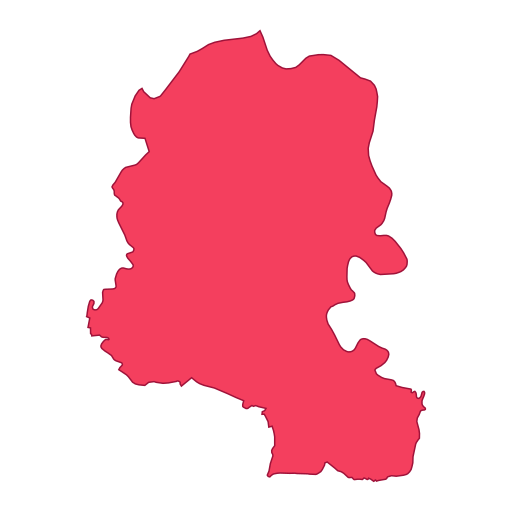 the district of Ha Tinh, Ha Tinh, Vietnam
{"feature_id": "81297802B52387636717940", "entity_name": "Ha Tinh", "entity_type": "district", "adm_level": 2, "iso_a3": "VNM", "parent_name": "Vietnam", "parent_adm1": "Ha Tinh", "projection": "natural_earth1", "projection_center": [105.907, 18.355], "detail": "fine", "context": "isolated", "style": "filled", "palette": "rose", "viewbox_px": 512, "rotation_deg": 0, "n_neighbors": 0, "source": "geoboundaries", "source_scale": "gbopen_adm2", "svg_char_len": 6060}
<svg xmlns="http://www.w3.org/2000/svg" viewBox="0 0 512 512"><path d="M419.4,438.3L419.5,433.5L419.0,429.7L416.8,421.5L417.3,418.0L419.2,414.5L420.2,411.8L420.5,411.2L420.9,410.7L422.1,410.2L424.6,409.9L425.3,409.4L425.4,409.1L425.4,408.7L425.0,407.8L423.8,406.9L422.8,405.7L422.3,404.9L422.0,403.7L422.0,400.8L422.7,398.8L423.7,396.5L424.6,393.8L424.6,392.4L424.0,391.4L423.2,391.4L422.1,392.3L421.0,396.3L420.4,397.2L419.3,398.2L418.8,398.4L417.5,398.2L416.7,397.5L416.4,396.3L416.3,394.6L416.0,393.1L415.7,392.4L414.9,391.4L414.4,391.4L412.3,392.7L411.6,392.5L411.1,392.1L411.4,390.0L410.9,389.1L402.2,387.5L396.1,385.7L395.7,384.0L395.1,382.5L394.4,381.4L393.2,380.4L391.2,379.8L384.5,378.6L381.7,377.5L377.8,375.1L376.4,373.8L374.9,370.1L375.2,369.4L376.1,368.4L381.1,365.6L384.8,362.6L386.6,360.3L388.2,357.0L388.8,354.4L388.6,353.0L388.3,352.0L387.5,350.9L386.7,350.1L385.1,349.1L382.1,348.1L378.7,346.5L370.0,340.9L367.3,339.4L365.3,338.8L363.2,338.7L361.2,339.2L360.0,340.1L358.0,342.9L355.3,348.3L354.1,349.9L352.3,351.2L350.5,351.8L348.4,351.9L346.8,351.5L343.5,349.8L340.7,346.9L339.4,344.8L334.5,334.8L331.6,329.5L328.1,324.0L326.8,320.0L326.4,317.1L326.4,315.3L326.7,313.7L327.3,312.0L328.3,310.0L330.9,306.8L332.9,306.1L335.0,304.7L338.0,303.3L343.0,302.3L347.0,301.8L350.2,301.0L352.5,300.0L353.6,299.2L354.2,298.2L354.8,295.8L354.7,293.7L354.4,292.9L352.5,290.9L351.4,290.0L350.2,288.1L348.4,284.5L347.4,281.9L347.0,279.8L346.9,276.6L347.1,268.5L347.6,265.5L348.5,261.8L349.3,259.9L350.1,258.5L352.1,256.7L353.9,256.1L356.1,256.0L359.7,257.4L363.7,260.3L366.1,262.5L372.4,270.9L373.8,272.0L375.5,273.0L377.5,273.8L380.4,274.5L393.8,273.7L396.1,273.3L398.5,272.5L400.8,271.6L403.4,269.9L405.5,267.6L406.5,266.1L407.0,264.4L407.2,261.7L407.1,260.1L406.9,259.1L403.6,252.8L400.9,248.6L395.2,241.4L392.0,238.2L388.6,236.0L386.5,235.4L383.9,235.4L380.1,235.8L376.9,235.5L376.2,235.1L375.3,234.1L374.7,232.2L374.7,230.4L376.2,228.1L380.9,224.7L382.1,223.3L383.8,220.6L384.7,218.2L386.1,211.8L387.2,208.2L389.3,203.2L390.7,199.2L391.7,195.5L391.8,193.6L391.4,191.4L391.0,190.5L389.4,188.1L387.2,186.3L380.8,181.7L377.8,177.8L376.1,175.2L372.0,166.1L370.1,160.9L368.6,155.5L368.2,148.3L369.3,142.7L373.0,131.2L374.4,120.2L376.8,106.9L377.3,101.8L377.6,96.6L376.8,92.2L376.1,89.0L374.4,85.3L370.5,81.1L365.1,79.1L360.4,77.8L339.0,60.3L330.9,55.4L323.4,54.6L318.4,54.7L309.3,56.1L305.9,58.2L299.2,64.9L295.8,67.4L291.0,68.6L286.1,68.9L282.4,68.0L277.8,65.4L275.8,63.6L273.0,60.3L270.1,56.2L267.2,50.2L262.9,37.2L260.0,30.7L256.5,33.7L251.0,36.4L243.0,38.1L224.1,40.3L214.7,42.3L208.5,44.6L202.2,48.6L197.2,51.4L190.0,54.1L188.8,56.4L179.3,71.6L165.6,89.6L160.6,95.9L160.0,96.4L154.1,98.7L150.2,97.8L143.7,91.7L142.0,88.4L139.0,90.3L135.2,95.9L131.8,104.2L131.1,108.2L130.5,117.3L130.5,122.4L131.0,126.7L132.1,130.0L133.7,133.4L134.8,135.2L136.5,137.0L138.2,137.9L145.0,138.3L149.2,151.6L145.5,155.1L138.4,162.9L136.5,164.5L134.9,165.1L125.7,167.4L124.1,168.5L122.3,170.2L121.1,172.0L115.2,182.3L112.9,185.0L112.0,186.9L112.7,188.3L113.6,189.4L114.2,190.9L114.3,193.9L114.7,195.1L118.5,197.9L119.4,198.9L120.7,201.1L121.9,201.6L122.8,202.6L123.0,203.1L122.8,204.6L121.7,206.3L118.4,209.8L117.4,211.9L116.9,214.2L116.9,216.7L117.1,218.3L117.6,220.0L118.7,222.7L124.8,235.0L126.9,240.9L128.1,243.0L129.4,244.5L133.3,247.6L134.0,248.8L133.7,250.4L133.0,251.7L132.6,252.0L127.3,253.8L126.7,254.5L126.5,255.4L126.8,256.4L127.8,258.2L130.6,261.4L133.0,264.6L133.2,265.4L133.2,266.2L132.7,267.3L131.9,268.1L131.0,268.7L129.9,269.0L128.3,269.1L126.4,268.8L123.4,268.0L122.2,268.0L121.4,268.2L120.1,268.9L119.1,269.8L117.9,271.4L116.6,274.0L115.2,278.7L115.2,280.1L116.0,285.3L116.1,286.7L115.8,287.4L115.0,288.3L114.2,288.7L112.4,289.0L105.1,289.3L103.8,289.5L103.6,289.7L103.1,290.7L102.6,292.5L103.0,299.5L103.0,300.2L102.7,301.6L102.2,302.9L98.2,308.6L97.0,309.6L95.5,309.9L94.2,309.8L92.9,309.0L92.4,307.4L92.5,306.4L93.9,303.6L94.0,301.7L93.7,301.1L92.7,300.2L91.4,299.9L90.8,300.0L90.2,300.7L89.7,301.5L88.3,306.3L87.3,312.5L86.9,315.8L86.6,316.6L89.8,318.0L88.0,327.4L90.5,327.9L90.6,333.6L91.4,334.3L91.7,334.9L91.8,335.9L99.6,335.1L101.5,336.8L102.2,337.1L103.2,337.3L106.9,337.4L108.0,337.8L108.7,338.4L109.0,339.3L108.6,339.7L106.0,339.4L104.7,340.2L103.3,341.6L101.6,343.9L100.9,345.9L101.0,347.0L101.9,348.5L104.9,351.0L107.9,352.9L111.5,355.5L113.7,359.1L114.5,359.9L116.0,360.8L121.7,362.8L122.1,363.5L122.4,364.5L122.1,365.3L119.9,367.6L118.8,369.7L126.5,374.8L128.4,376.7L132.6,382.2L135.3,383.9L138.9,384.8L144.8,385.4L148.7,382.3L154.1,381.6L156.2,382.3L163.0,383.3L168.4,382.9L176.5,381.4L177.1,381.0L178.0,381.0L179.3,381.5L180.0,382.1L180.2,382.8L180.1,383.9L181.4,386.1L191.6,377.7L196.6,381.8L199.6,383.6L203.9,385.3L214.4,388.0L228.0,393.8L235.8,397.4L243.7,400.7L242.8,404.2L242.7,405.0L242.8,406.5L243.4,407.1L246.0,408.5L247.3,408.5L248.1,408.2L249.0,407.4L251.9,405.5L253.4,406.3L255.5,405.6L256.4,405.8L258.7,406.7L266.0,408.4L265.1,410.0L264.4,410.8L262.3,411.7L262.0,414.3L264.2,414.2L265.2,415.8L268.1,421.6L268.8,427.1L272.1,426.2L273.5,430.5L274.2,433.7L274.7,436.9L274.7,445.7L272.6,448.5L271.7,450.4L271.8,452.7L272.7,454.3L272.9,455.9L270.4,463.5L269.0,471.1L267.3,475.1L267.6,475.7L268.3,476.5L269.8,476.9L271.2,475.5L272.7,474.4L273.7,473.9L277.4,473.2L280.1,473.0L289.6,473.3L294.7,473.2L297.1,473.5L307.7,473.8L309.4,474.1L313.8,474.3L315.6,474.4L316.8,474.1L318.7,473.0L320.8,471.6L322.3,469.5L324.5,465.2L324.9,462.9L327.2,462.0L334.7,468.0L337.7,470.7L341.2,471.7L343.8,473.3L348.1,477.3L349.0,477.6L351.9,477.4L353.8,479.4L354.5,479.6L357.5,479.2L360.0,479.2L362.3,479.5L362.7,479.3L363.5,478.4L364.1,478.0L365.0,478.3L367.2,479.5L368.0,479.3L368.6,478.2L370.7,479.1L373.7,481.3L374.5,480.8L375.3,480.0L375.6,480.0L376.5,481.1L378.8,480.4L385.8,479.2L386.8,478.3L387.2,477.4L387.8,476.8L391.5,475.7L396.3,476.2L403.6,475.2L406.4,474.4L407.7,473.7L409.6,471.8L411.1,469.5L411.9,466.8L412.8,462.9L413.0,456.7L415.7,444.0L416.4,442.4L418.0,440.0L419.4,438.3Z" fill="#f43f5e" stroke="#9f1239" stroke-width="1.5"/></svg>